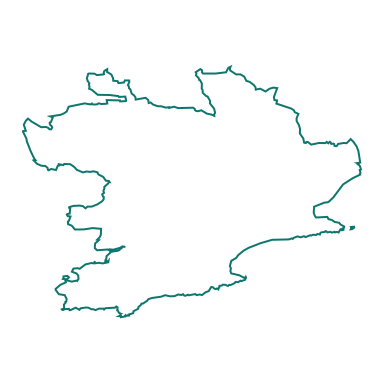 the district of Midleton Lea-7, Cork, Ireland
{"feature_id": "5873133B11513938910004", "entity_name": "Midleton Lea-7", "entity_type": "district", "adm_level": 2, "iso_a3": "IRL", "parent_name": "Ireland", "parent_adm1": "Cork", "projection": "equal_earth", "projection_center": [-8.098, 51.922], "detail": "fine", "context": "isolated", "style": "outline", "palette": "teal", "viewbox_px": 384, "rotation_deg": 0, "n_neighbors": 0, "source": "geoboundaries", "source_scale": "gbopen_adm2", "svg_char_len": 5889}
<svg xmlns="http://www.w3.org/2000/svg" viewBox="0 0 384 384"><path d="M97.2,239.7L98.9,240.1L95.1,243.5L94.8,247.3L94.9,248.2L97.2,250.3L107.5,249.5L108.5,250.0L109.2,249.3L113.4,249.7L119.4,248.0L120.0,248.6L119.8,248.0L122.5,246.4L125.4,246.9L122.2,246.7L121.6,248.3L119.9,248.8L119.6,249.9L118.4,250.6L111.7,251.7L112.3,251.1L111.6,250.2L110.1,250.9L110.3,252.7L106.5,256.2L106.3,259.0L105.6,259.6L105.3,261.1L107.2,261.1L107.8,261.8L108.5,260.9L108.3,262.3L102.6,263.4L98.8,262.8L95.3,263.3L94.8,262.9L94.9,261.3L93.7,263.4L91.5,263.0L85.5,264.4L79.6,268.8L77.7,268.2L73.4,268.6L71.9,271.7L76.6,273.5L78.2,275.5L78.5,279.0L77.1,281.0L76.4,280.6L71.9,281.6L66.0,280.2L65.6,279.2L67.2,279.1L68.9,277.3L67.4,275.9L63.5,276.4L63.5,278.1L63.0,278.9L64.9,279.1L65.9,282.3L60.3,284.9L55.6,288.9L55.6,289.8L58.8,294.2L64.7,295.1L65.2,296.4L64.9,296.6L65.4,296.5L66.6,298.9L66.3,301.3L65.3,302.0L65.6,302.7L63.9,304.6L64.2,308.3L61.8,309.3L62.3,309.9L63.3,309.7L62.6,310.2L65.0,309.1L69.0,308.9L69.5,310.2L70.4,310.1L75.7,307.7L79.4,309.8L80.6,308.3L86.0,307.5L88.4,307.7L91.6,309.3L93.3,309.2L95.4,310.1L99.3,308.6L103.6,308.7L104.1,309.5L105.5,308.2L114.9,307.7L116.3,306.5L117.6,307.4L117.2,310.2L117.7,310.2L118.8,312.7L120.5,313.5L120.1,313.6L120.8,315.3L119.1,316.1L120.6,316.2L120.8,317.2L124.1,316.7L125.5,315.3L125.8,316.2L128.2,315.1L128.0,315.6L129.1,315.5L128.8,314.5L133.2,313.2L133.5,311.2L138.3,308.7L138.4,307.0L140.8,305.1L141.5,303.6L142.9,303.6L147.1,300.8L148.3,299.2L151.8,298.0L161.1,296.7L165.1,295.2L170.0,296.3L174.6,296.1L178.2,294.5L181.4,295.0L183.0,294.2L184.0,295.4L185.2,295.8L188.0,294.7L188.6,295.3L195.4,294.1L196.5,295.1L199.8,294.5L202.0,295.1L205.5,292.3L208.7,291.1L211.2,287.0L213.0,287.3L214.5,288.8L215.9,289.1L216.9,288.5L218.3,289.4L218.7,287.9L219.3,287.6L219.4,285.9L221.6,285.6L222.8,284.7L225.4,284.8L227.9,286.0L229.2,284.9L230.3,285.1L234.4,283.3L235.7,281.9L238.1,282.2L240.5,280.7L241.3,281.1L245.1,279.8L246.0,277.7L245.8,277.2L245.3,278.5L243.9,277.7L245.4,277.3L243.9,277.7L239.4,275.3L231.2,273.4L230.4,271.0L230.9,268.4L229.9,266.0L231.3,260.8L236.3,257.9L238.0,255.3L243.7,250.6L248.7,247.8L260.5,243.2L272.2,239.8L289.0,239.4L291.8,238.4L292.8,238.9L294.0,237.7L297.6,236.4L300.7,237.3L304.0,236.2L305.6,237.1L310.2,235.2L311.1,235.6L313.2,234.7L316.1,235.0L317.4,234.0L319.9,234.5L320.3,233.1L321.2,232.4L324.9,231.9L325.3,231.2L326.3,231.3L327.5,232.4L330.3,231.8L331.9,232.6L334.6,231.8L335.0,232.4L336.8,231.9L338.6,232.5L340.5,229.3L341.5,229.1L341.9,230.2L343.0,230.0L342.6,229.4L343.3,229.0L342.7,228.4L344.1,227.5L344.2,226.5L340.5,224.5L339.2,222.8L334.6,221.9L331.8,219.9L328.5,219.2L327.3,216.9L316.1,217.5L314.8,215.8L313.7,212.7L314.1,206.7L324.4,202.6L327.7,202.3L329.3,201.3L333.5,197.2L343.1,184.4L352.9,178.1L360.2,174.6L359.9,173.7L360.5,172.9L359.7,170.0L361.0,169.5L359.9,166.0L358.2,164.5L358.7,164.4L358.4,163.7L357.1,163.1L360.2,162.6L358.4,151.1L356.7,146.6L353.5,141.9L350.7,139.1L346.6,143.2L343.6,143.0L338.0,144.0L337.1,145.7L336.1,146.2L334.5,145.8L334.2,144.1L333.5,143.6L331.2,143.9L330.5,142.2L329.7,141.8L328.3,143.3L326.7,141.9L325.5,143.1L318.9,143.0L311.2,144.6L307.7,141.9L306.2,142.2L306.2,142.8L305.6,143.1L304.1,142.6L303.3,138.5L299.9,133.5L300.0,128.8L299.0,125.3L296.6,120.9L296.6,118.2L298.4,113.9L294.8,112.2L293.8,110.2L291.1,108.5L276.4,103.6L277.1,100.5L274.4,100.0L273.9,97.1L277.2,88.1L273.3,87.6L269.4,88.8L265.5,91.5L260.3,88.7L255.8,89.6L255.5,87.3L253.8,85.0L249.6,81.8L246.4,80.9L244.2,76.6L240.5,74.4L236.2,74.4L230.2,70.5L229.9,68.2L230.5,66.8L228.3,67.9L226.0,72.3L215.9,73.5L203.0,73.5L202.1,72.5L202.1,70.4L200.3,69.1L195.7,72.2L196.4,73.4L196.0,75.4L198.7,78.1L199.3,80.1L200.1,80.2L201.9,83.6L201.7,88.7L202.6,90.0L202.7,92.8L206.2,96.1L207.6,96.5L210.1,101.0L209.9,103.3L214.1,108.7L215.1,112.8L214.2,114.3L214.3,115.9L211.6,114.6L206.8,113.6L201.3,110.3L198.0,111.2L196.0,110.9L194.8,109.9L194.7,108.8L193.0,107.7L178.1,108.1L174.0,106.7L169.2,107.9L169.2,107.2L165.8,107.6L161.2,106.3L157.7,106.2L153.1,104.6L150.7,102.5L148.7,103.0L148.2,100.0L145.6,97.8L135.7,99.6L135.4,97.2L133.9,95.2L131.7,93.6L130.3,89.3L129.1,88.3L128.6,85.8L127.9,85.1L129.3,82.0L129.2,80.5L124.9,80.4L123.9,82.5L118.4,83.1L117.7,81.2L113.2,80.7L113.1,78.3L111.4,74.6L107.1,71.9L107.2,69.2L104.4,70.9L103.7,72.6L104.0,74.2L103.4,74.4L96.9,75.1L94.6,73.7L89.0,73.5L88.2,73.8L86.9,78.3L87.7,81.0L89.4,83.4L88.9,84.4L89.5,86.6L89.1,88.7L91.9,89.9L97.7,94.8L109.4,95.0L118.4,96.1L118.8,96.9L125.3,96.6L126.1,100.5L125.9,101.1L120.1,101.4L119.9,100.4L106.7,100.1L107.3,103.5L105.7,103.8L101.3,104.0L98.7,103.3L97.0,104.4L94.1,104.5L91.6,104.2L91.6,103.7L90.3,104.4L84.6,103.4L69.1,106.6L68.6,106.8L66.7,111.5L64.1,113.3L60.6,114.8L50.3,116.4L52.8,117.4L50.9,122.2L49.7,122.7L49.9,124.5L51.7,126.3L52.2,127.7L51.1,129.4L49.4,129.2L48.1,127.8L46.0,127.0L41.2,127.2L31.8,121.7L28.0,118.6L25.9,120.7L23.8,124.7L25.8,130.8L23.2,131.1L23.0,131.8L26.3,138.3L26.9,141.5L30.5,150.8L34.3,158.7L35.5,160.1L33.7,160.4L37.2,163.9L41.3,165.7L45.3,166.0L47.5,167.8L48.0,169.9L48.6,170.3L51.2,169.0L56.0,170.0L57.8,165.7L58.9,165.6L58.9,164.9L59.6,164.9L59.3,164.3L63.4,165.1L64.1,164.0L70.3,164.2L74.5,167.2L76.8,169.8L82.9,172.4L86.7,171.5L90.0,171.9L93.6,171.3L97.6,172.4L97.9,173.7L99.0,174.8L103.1,176.8L105.9,180.7L108.9,181.0L109.6,182.1L108.8,182.0L108.3,183.3L104.3,186.9L104.4,188.4L103.4,191.0L104.0,192.8L102.2,194.3L103.0,196.5L103.7,196.8L103.7,199.2L102.2,201.2L97.5,204.3L91.8,206.6L87.6,206.6L85.5,208.3L82.8,206.1L79.5,205.6L73.6,205.9L69.6,207.0L69.1,207.3L69.5,208.5L70.2,208.6L69.7,213.6L67.4,214.0L66.8,214.7L67.7,216.1L70.5,216.5L69.0,220.6L67.9,221.7L68.1,224.2L71.8,225.7L74.9,229.5L83.8,229.4L92.6,228.1L101.1,228.8L100.8,235.0L99.5,237.5L97.2,239.7ZM354.0,226.7L350.9,227.0L351.3,228.0L350.7,229.3L352.2,229.1L354.2,227.6L354.0,226.7Z" fill="none" stroke="#0f766e" stroke-width="2"/></svg>